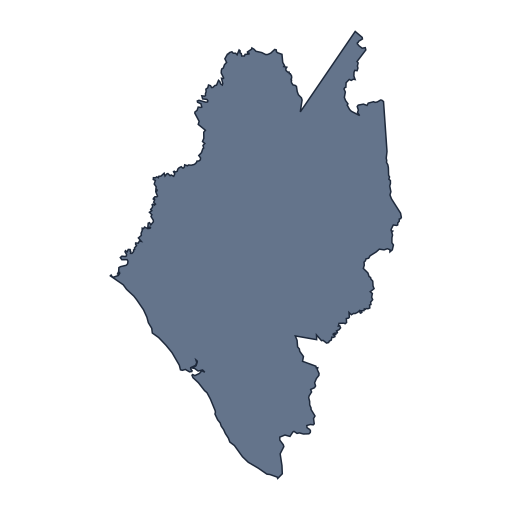 Pocrí, Los Santos, Panama (Robinson projection), rotated 179°
{"feature_id": "35544464B40624021846566", "entity_name": "Pocrí", "entity_type": "district", "adm_level": 2, "iso_a3": "PAN", "parent_name": "Panama", "parent_adm1": "Los Santos", "projection": "robinson", "projection_center": [-80.154, 7.639], "detail": "fine", "context": "isolated", "style": "filled", "palette": "slate", "viewbox_px": 512, "rotation_deg": 179, "n_neighbors": 0, "source": "geoboundaries", "source_scale": "gbopen_adm2", "svg_char_len": 6130}
<svg xmlns="http://www.w3.org/2000/svg" viewBox="0 0 512 512"><g transform="rotate(179 256 256)"><path d="M386.4,263.6L386.9,262.5L385.4,259.9L385.6,258.3L386.7,257.8L390.1,258.2L391.7,256.8L390.2,254.6L385.0,254.6L384.1,253.0L384.5,250.4L385.9,249.0L391.7,247.7L393.3,246.8L393.6,242.8L394.8,240.5L394.4,240.2L392.7,241.6L392.6,240.9L394.0,238.9L399.0,237.3L400.2,237.8L401.2,239.5L402.0,238.7L389.2,229.5L386.0,224.9L378.8,218.0L375.9,214.1L369.4,204.2L366.1,196.6L364.8,191.2L361.5,185.5L361.0,180.8L354.8,176.2L347.5,168.3L341.7,160.9L334.6,148.2L333.5,143.5L331.6,143.0L328.6,143.8L324.5,141.3L322.2,141.6L321.9,142.4L323.3,144.2L323.3,145.5L318.3,147.7L317.1,150.5L317.9,153.2L316.8,152.3L316.5,151.2L317.8,147.4L319.0,146.5L321.7,145.9L322.1,145.2L319.3,144.6L315.9,142.0L311.4,143.0L309.2,140.7L312.2,142.2L314.6,139.6L319.2,137.5L321.4,138.6L322.1,137.9L321.1,135.4L315.8,130.3L309.8,122.3L307.4,120.2L304.1,113.8L299.5,102.0L299.3,100.6L299.8,98.7L297.2,92.9L294.7,89.7L293.8,86.6L291.4,83.0L289.7,79.0L286.8,74.4L285.4,70.4L280.9,66.9L273.0,55.5L267.4,49.9L257.7,44.0L248.9,37.7L245.9,37.3L238.7,34.6L238.2,33.2L233.5,37.8L233.7,45.9L235.3,57.8L231.5,64.9L232.0,66.8L235.4,71.5L235.4,74.5L230.2,76.5L225.2,75.0L222.3,79.3L221.1,80.0L218.1,77.9L215.7,78.4L211.7,77.2L206.2,77.3L204.8,78.6L204.6,80.3L205.3,81.6L208.0,83.5L208.2,85.6L204.7,86.6L201.7,86.2L200.7,87.2L201.3,92.5L199.8,95.0L203.7,101.7L203.6,103.1L204.9,106.1L204.9,109.8L205.8,113.4L205.3,115.3L202.8,119.1L203.7,121.6L199.8,123.3L198.7,125.0L199.6,128.2L197.7,132.5L195.2,135.5L195.0,137.5L196.7,141.3L196.2,143.2L197.6,143.0L198.1,144.8L211.3,149.9L210.3,154.7L213.9,159.9L214.3,162.3L216.0,164.4L216.4,171.0L218.1,175.4L196.8,171.3L196.9,176.0L192.0,170.2L190.4,170.5L187.0,167.7L184.9,168.2L184.2,169.6L182.2,170.6L181.6,173.5L180.3,173.2L178.5,174.0L178.7,175.0L180.2,175.9L180.1,176.8L179.2,177.2L178.3,176.1L177.6,176.2L177.9,177.5L176.4,177.5L175.9,178.3L176.8,179.7L174.2,180.9L172.7,182.7L173.5,184.8L174.9,184.5L174.2,187.2L169.2,187.3L168.1,186.7L166.6,187.9L166.8,191.9L164.5,192.3L163.7,193.3L164.0,197.9L161.7,195.6L159.4,196.9L158.0,196.7L155.2,198.0L153.4,199.6L153.0,197.5L152.3,197.0L151.1,197.9L151.8,199.4L149.0,199.5L148.6,201.2L147.7,200.7L146.8,201.5L145.0,201.3L143.1,202.1L143.3,205.0L141.9,205.5L142.2,207.9L140.1,210.3L141.1,212.8L140.3,216.5L142.4,218.3L138.5,221.3L139.5,223.9L139.7,228.8L141.5,230.9L141.8,232.5L143.3,233.5L144.4,237.1L148.9,241.7L147.9,244.9L148.1,248.0L146.7,249.3L146.1,251.2L143.4,251.8L142.0,254.2L135.7,258.0L132.6,260.7L127.8,259.9L124.6,261.0L122.0,260.0L122.0,257.8L119.6,259.8L118.4,264.6L119.9,266.9L119.8,271.9L119.1,274.6L119.9,277.2L118.8,278.5L120.4,278.9L120.4,280.3L118.2,284.6L114.8,284.1L113.8,284.6L113.6,286.7L112.2,288.2L112.1,290.5L110.7,290.8L110.0,292.1L110.7,296.3L119.5,310.7L121.0,314.7L120.0,317.9L121.1,323.7L120.3,326.1L120.3,329.1L121.8,330.5L121.1,332.7L122.0,334.4L122.1,342.0L122.6,344.9L123.9,347.3L123.6,349.3L124.1,351.5L123.2,358.2L125.8,408.2L127.5,409.6L128.7,409.8L132.0,407.9L134.3,407.5L135.7,408.2L141.1,406.9L142.4,404.6L145.9,406.0L151.1,405.1L152.2,403.7L151.1,400.1L152.0,397.7L149.9,394.6L158.1,399.0L159.9,400.9L162.2,405.3L161.4,406.5L163.7,409.8L164.9,413.0L163.8,418.4L165.1,421.4L164.4,422.7L163.2,423.1L162.9,427.7L159.7,430.9L157.7,429.9L155.6,431.1L153.8,430.7L155.0,434.2L154.8,438.0L154.0,439.9L151.7,439.5L150.8,442.1L151.3,444.2L150.5,447.2L151.6,448.7L142.6,460.1L143.1,462.4L146.2,461.9L149.3,464.3L151.0,466.4L150.9,467.4L150.1,467.8L149.6,468.9L145.8,471.1L146.0,472.7L152.9,478.8L209.2,399.3L207.2,411.1L207.8,413.3L210.8,416.5L211.9,419.6L212.6,424.9L213.9,425.9L216.0,426.4L217.4,428.5L217.7,430.5L217.3,431.2L217.9,432.1L217.2,433.4L217.3,435.4L218.5,437.6L219.5,437.8L219.7,439.3L221.1,439.3L222.7,440.9L223.0,442.6L221.9,444.2L224.9,444.9L224.2,445.9L225.9,449.1L226.5,457.2L231.0,458.9L232.0,459.9L232.2,461.8L233.7,462.2L237.7,458.6L240.7,457.3L242.7,457.2L246.7,459.3L252.5,460.7L254.3,462.7L256.5,464.1L256.9,462.8L261.0,460.2L260.8,459.2L259.4,458.9L259.6,458.0L263.4,457.8L264.1,456.2L266.8,456.2L267.2,458.7L268.5,459.5L268.3,461.4L269.3,462.3L271.4,457.5L272.8,459.1L275.2,459.1L276.5,460.6L279.1,459.8L279.9,458.6L281.0,458.4L283.7,453.7L282.0,450.1L284.2,447.8L285.4,444.5L286.9,443.7L287.4,442.2L287.6,439.6L285.2,434.5L285.7,434.0L287.4,434.3L286.2,429.1L286.7,427.5L288.3,428.6L289.2,431.1L290.4,432.3L292.5,427.5L294.1,427.2L296.2,425.3L297.5,425.2L298.5,427.1L300.5,427.8L301.3,425.0L303.2,423.7L303.0,421.0L303.7,419.4L303.7,417.3L304.6,416.7L307.4,417.1L306.6,414.0L302.4,413.4L301.4,412.1L301.7,410.9L303.4,410.6L310.3,412.7L312.0,412.0L311.7,410.7L308.4,409.2L307.6,405.9L308.4,405.5L311.2,405.9L312.4,402.6L314.5,401.1L314.7,399.9L310.5,391.6L311.5,388.6L304.4,382.6L306.1,380.7L306.1,374.6L307.5,371.4L305.2,369.4L307.1,367.5L306.4,364.8L307.4,364.0L308.7,360.3L311.5,357.5L309.7,355.0L310.0,353.1L311.5,352.0L313.4,351.9L313.8,350.6L315.9,348.7L319.2,347.9L321.9,348.2L322.9,347.4L325.7,348.4L326.1,346.2L326.9,345.3L327.9,345.3L329.2,346.6L331.3,345.6L332.5,344.5L333.4,342.0L335.3,341.4L336.3,342.2L337.0,341.7L335.8,339.5L336.9,337.1L339.4,338.5L340.5,337.8L342.7,340.0L343.9,339.6L345.6,337.5L346.4,340.4L349.7,337.5L351.8,337.4L352.3,336.0L353.8,336.9L355.2,336.0L357.2,336.1L357.4,334.3L355.3,333.3L356.5,329.7L354.6,327.0L354.9,324.8L353.6,323.6L354.1,322.7L355.0,323.3L355.1,322.0L353.4,317.6L354.1,316.9L356.0,317.0L357.6,315.4L357.6,314.6L356.6,314.7L356.3,313.9L357.4,311.6L355.6,309.6L356.6,308.7L358.1,309.7L359.0,309.1L358.5,307.8L358.8,306.3L360.5,304.4L359.4,303.1L361.8,301.6L359.4,299.1L360.3,297.3L358.1,293.7L358.0,292.0L360.6,289.0L361.9,291.2L363.2,290.7L363.7,286.3L361.4,286.7L361.0,286.1L361.5,285.5L363.7,285.3L366.9,286.9L368.0,285.3L369.3,285.8L369.4,283.2L370.5,280.8L370.3,278.6L373.3,276.1L370.4,272.6L372.3,273.0L373.5,270.9L376.1,271.1L376.2,269.9L375.3,268.5L377.4,266.1L377.2,264.7L378.3,264.2L378.3,262.6L379.9,260.8L381.4,260.8L381.1,262.5L381.8,263.1L381.4,264.1L381.8,264.7L383.6,264.8L384.8,262.4L386.4,263.6Z" fill="#64748b" stroke="#1e293b" stroke-width="1.5"/></g></svg>